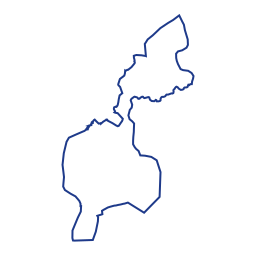 outline of Ngaski, Kebbi, Nigeria
{"feature_id": "59680162B87284296025200", "entity_name": "Ngaski", "entity_type": "district", "adm_level": 2, "iso_a3": "NGA", "parent_name": "Nigeria", "parent_adm1": "Kebbi", "projection": "robinson", "projection_center": [4.799, 10.576], "detail": "fine", "context": "isolated", "style": "outline", "palette": "blue", "viewbox_px": 256, "rotation_deg": 0, "n_neighbors": 0, "source": "geoboundaries", "source_scale": "gbopen_adm2", "svg_char_len": 4186}
<svg xmlns="http://www.w3.org/2000/svg" viewBox="0 0 256 256"><path d="M134.7,55.5L134.1,55.7L133.8,55.8L133.8,56.1L133.9,56.5L133.9,56.8L133.9,57.1L133.9,57.5L134.0,58.1L134.2,58.7L134.3,59.1L134.5,60.0L134.6,60.4L134.5,60.7L134.4,61.0L134.3,61.3L134.5,61.7L134.7,61.9L134.8,62.1L134.7,62.3L134.7,62.7L134.6,63.3L131.5,67.1L128.1,69.8L127.7,69.9L127.3,69.8L125.9,70.7L125.5,70.7L125.2,70.5L124.9,73.5L124.3,75.6L119.9,79.0L118.2,84.3L118.3,84.9L118.5,85.3L120.1,86.9L122.3,93.2L119.6,95.4L118.8,99.0L118.4,101.6L118.3,102.4L118.1,103.1L118.0,103.6L117.9,104.1L117.8,104.6L117.6,105.2L117.4,105.5L117.2,106.0L116.9,106.3L116.6,106.4L116.3,106.4L116.2,106.6L116.2,106.9L115.9,106.9L115.3,106.9L114.9,107.0L114.7,107.1L114.2,107.3L114.1,107.6L114.0,107.8L113.9,108.3L113.9,109.0L114.0,109.5L114.2,109.8L114.4,110.1L114.6,110.5L114.8,110.8L114.9,111.1L115.1,111.3L115.1,111.6L114.9,111.9L114.7,112.2L114.5,112.4L115.2,112.7L116.5,113.0L117.6,113.1L120.7,116.5L122.8,118.8L122.5,120.0L122.0,121.2L121.1,122.4L118.8,125.8L117.8,126.2L117.4,125.9L116.7,125.8L112.4,123.1L109.1,121.4L108.7,121.2L106.9,120.2L107.1,119.6L106.9,119.5L106.2,119.6L105.9,120.0L105.1,120.5L104.3,121.0L103.5,121.5L102.9,121.9L102.3,122.6L102.1,122.7L101.5,123.0L100.8,123.8L100.6,123.4L100.3,123.2L99.8,123.5L99.2,123.5L98.7,123.6L96.3,121.3L94.7,119.6L93.8,120.2L93.0,121.5L92.9,122.1L92.6,122.2L92.6,122.4L92.7,122.9L92.4,122.9L92.1,122.6L91.9,122.2L91.7,122.4L91.7,122.5L92.0,123.4L91.8,123.5L91.6,123.4L91.3,123.6L91.2,123.9L91.4,125.0L91.2,125.1L90.9,124.6L89.8,125.6L89.1,125.5L88.7,125.7L88.2,125.9L88.5,126.0L89.0,126.1L89.1,126.4L88.7,127.2L88.3,127.8L88.0,127.7L88.0,128.0L87.8,129.3L87.7,129.3L87.4,129.4L87.2,127.9L87.0,128.0L86.6,128.8L86.3,129.0L86.3,129.4L86.2,129.5L84.5,130.9L83.0,131.5L75.6,134.7L68.9,137.7L66.5,141.9L66.5,142.0L63.8,153.2L62.6,164.2L62.5,164.6L63.4,171.9L64.0,177.1L63.4,183.7L63.2,186.6L64.9,190.0L68.9,192.6L70.6,193.7L75.5,196.4L79.3,200.9L80.5,203.6L80.5,205.8L80.5,206.1L81.1,206.1L80.8,211.6L80.7,211.8L78.0,217.3L77.6,218.2L72.5,230.5L72.4,237.3L72.4,238.0L72.8,239.8L73.0,240.5L74.6,240.6L92.7,240.0L92.8,240.0L95.8,231.7L97.9,221.4L98.1,217.3L97.4,216.0L97.3,215.8L102.2,214.3L102.4,214.2L102.0,211.0L102.0,210.8L103.6,209.8L105.1,209.0L107.8,207.5L110.0,206.8L112.5,206.1L114.4,205.6L115.9,205.5L117.9,205.0L118.9,204.8L120.1,204.6L121.4,204.3L123.3,203.8L124.6,203.6L127.9,202.6L144.1,212.7L159.6,196.9L160.5,172.1L156.7,160.3L151.3,156.9L148.2,156.3L145.0,155.7L140.3,155.4L138.6,151.0L136.1,148.9L134.7,147.1L133.1,144.3L133.1,140.7L133.2,139.0L133.3,137.0L133.8,132.0L133.9,128.7L134.1,123.5L132.2,121.3L129.6,119.2L128.4,115.4L129.8,110.0L129.8,109.9L131.3,108.1L131.6,107.8L131.7,107.7L132.2,104.7L130.7,100.3L131.1,99.4L131.2,99.2L131.9,98.5L133.1,97.6L133.9,97.0L134.6,96.7L136.8,97.3L137.6,97.8L138.3,98.8L138.8,98.8L139.5,98.7L139.9,98.2L140.7,97.5L141.5,97.1L142.2,96.7L143.0,96.8L143.8,97.8L144.5,98.1L146.1,97.7L147.8,97.2L148.7,97.1L149.3,97.5L149.6,98.6L150.1,99.8L151.7,101.0L152.9,101.1L154.3,101.2L155.2,100.5L155.7,99.9L156.3,100.1L156.8,101.3L158.7,101.3L159.8,101.0L160.3,100.7L160.5,100.4L160.6,100.1L160.5,99.0L160.8,98.2L161.2,97.6L161.5,97.2L162.0,96.9L163.6,96.9L165.3,96.2L165.8,95.4L166.5,94.6L168.1,94.6L169.8,94.0L171.4,93.4L172.6,93.5L173.2,93.0L173.3,93.0L173.5,92.3L173.6,91.5L173.4,90.6L173.5,90.0L173.6,89.8L173.7,89.6L174.5,89.0L175.0,88.1L175.8,87.1L176.4,86.7L177.0,86.9L177.8,87.4L178.4,88.2L179.0,88.8L180.0,89.4L180.5,89.7L180.8,89.9L182.3,89.7L183.5,89.2L183.9,88.2L184.0,88.1L184.3,87.7L184.6,87.5L186.5,87.4L187.1,87.2L187.4,86.9L187.5,86.9L188.1,85.3L188.2,85.1L188.3,84.9L188.4,84.7L188.6,84.7L188.9,85.0L189.1,85.2L189.5,85.0L189.6,84.9L190.0,84.4L190.5,84.1L191.7,84.1L191.8,84.1L192.1,81.5L193.1,78.4L193.5,76.0L191.6,73.0L188.2,70.8L183.0,70.1L180.6,69.1L178.0,64.1L176.8,60.9L176.2,58.0L176.1,53.7L178.0,51.4L182.2,50.3L186.5,47.7L187.8,45.2L187.9,44.9L187.9,44.1L187.7,39.4L184.9,30.1L183.9,24.7L182.2,21.5L180.4,17.8L179.2,15.4L173.1,20.0L168.2,22.9L160.4,28.1L152.9,35.2L147.7,39.4L145.5,42.9L144.8,43.9L145.9,56.1L145.6,56.0L141.5,55.3L136.3,55.0L134.7,55.5Z" fill="none" stroke="#1e3a8a" stroke-width="2"/></svg>